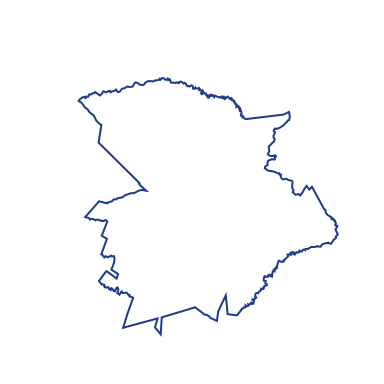 the district of Mount Darwin, Mashonaland Central, Zimbabwe, rotated 336°
{"feature_id": "62879985B29850987700829", "entity_name": "Mount Darwin", "entity_type": "district", "adm_level": 2, "iso_a3": "ZWE", "parent_name": "Zimbabwe", "parent_adm1": "Mashonaland Central", "projection": "robinson", "projection_center": [31.728, -16.538], "detail": "fine", "context": "isolated", "style": "outline", "palette": "blue", "viewbox_px": 384, "rotation_deg": 336, "n_neighbors": 0, "source": "geoboundaries", "source_scale": "gbopen_adm2", "svg_char_len": 5985}
<svg xmlns="http://www.w3.org/2000/svg" viewBox="0 0 384 384"><g transform="rotate(336 192 192)"><path d="M113.4,294.2L146.9,298.5L147.6,298.1L147.4,297.6L153.9,309.5L155.3,310.0L157.4,313.1L157.6,314.6L162.4,319.9L167.3,311.8L180.8,300.2L174.9,318.1L182.9,323.0L189.5,319.6L189.9,318.9L190.7,319.3L192.6,318.6L193.3,318.9L193.5,318.1L195.0,318.6L195.1,317.8L195.7,318.8L197.0,318.9L197.5,318.7L197.7,317.5L198.6,318.3L201.3,317.1L201.6,317.7L201.2,318.6L202.5,319.0L204.4,316.8L204.3,316.1L203.5,315.5L203.4,314.8L205.4,315.1L205.8,314.7L206.6,315.0L207.6,314.8L207.7,314.2L207.3,312.9L208.7,310.7L210.2,310.6L211.4,311.4L212.3,310.3L213.8,310.2L215.2,309.6L215.7,308.4L217.6,309.6L218.0,308.7L218.8,308.8L219.1,307.7L220.2,307.3L221.1,307.7L222.7,307.4L222.8,306.7L222.1,305.8L221.9,305.1L223.2,303.3L221.6,302.2L221.5,301.7L222.6,299.9L223.4,299.6L223.4,299.1L223.1,299.3L223.7,298.6L224.5,298.6L225.2,299.5L226.8,300.3L227.6,299.1L229.4,299.1L229.7,299.3L229.1,299.9L229.1,300.5L230.6,301.9L233.2,297.7L233.9,297.5L235.1,298.2L235.3,297.6L234.9,296.8L235.0,296.1L236.7,296.7L237.1,296.3L237.2,295.3L237.6,295.1L238.9,295.8L239.1,294.6L243.1,290.2L243.7,290.2L244.9,291.9L246.5,292.7L247.8,292.7L247.9,291.5L248.8,291.6L253.8,289.8L254.0,289.0L253.8,288.1L255.6,288.5L256.5,289.5L257.6,289.6L257.4,287.6L258.2,287.5L260.1,288.2L260.0,290.4L260.4,291.0L261.0,290.8L261.3,289.4L262.3,289.9L263.3,289.6L264.3,290.7L265.1,290.6L266.3,289.3L267.6,291.1L269.9,290.0L271.4,290.2L271.7,290.9L272.1,290.3L272.8,290.3L274.4,291.2L278.4,290.7L282.9,292.5L284.6,292.4L285.2,293.2L287.3,294.3L289.7,292.7L294.1,293.3L295.1,294.0L295.8,293.7L296.5,294.9L298.0,295.8L302.2,293.2L304.7,292.6L305.5,291.0L307.4,290.5L308.0,289.8L307.7,284.9L311.0,282.2L310.6,281.5L309.9,281.5L309.4,280.5L310.9,278.7L310.6,277.4L310.9,276.5L310.2,276.1L310.7,275.1L309.7,273.3L309.0,274.0L308.6,273.6L308.4,272.9L309.0,272.5L309.1,271.7L306.5,268.2L305.8,265.0L306.6,263.2L306.1,262.4L306.1,261.5L305.7,261.2L303.7,236.1L300.2,237.5L299.1,233.0L295.6,235.1L293.4,237.0L289.3,239.2L288.6,237.2L285.5,236.7L283.9,233.1L285.3,232.1L285.3,228.4L287.8,224.0L287.8,222.5L284.8,220.1L283.6,218.4L280.3,217.5L279.6,216.6L279.2,214.6L279.5,213.5L280.4,212.4L279.0,211.6L279.3,210.5L278.7,210.4L274.9,206.5L270.1,203.4L268.2,199.8L269.2,198.6L272.1,198.0L272.7,196.4L274.3,194.4L278.2,194.5L280.2,195.8L281.1,195.8L281.6,194.0L283.2,193.7L283.3,193.0L283.0,192.4L279.7,191.7L278.2,190.8L276.9,189.3L276.7,188.2L279.2,186.2L280.5,181.8L285.9,179.6L286.8,179.6L288.1,178.7L289.1,176.9L288.7,175.1L289.4,173.8L290.1,172.9L291.6,172.0L292.2,171.0L291.5,169.8L291.8,168.7L293.7,167.8L294.5,168.6L297.4,169.0L300.0,168.8L303.4,168.1L305.5,167.0L307.5,166.5L308.6,165.6L310.0,165.8L311.9,163.1L313.2,158.3L307.1,158.5L270.5,147.2L269.8,146.2L269.5,143.9L268.6,144.2L268.7,143.4L267.8,142.2L268.4,141.8L268.3,141.1L268.8,141.0L268.7,140.5L269.5,140.0L269.8,138.0L269.0,137.7L269.2,137.4L268.8,137.0L268.9,135.4L269.0,135.1L270.0,135.6L270.1,134.8L269.1,133.7L269.3,132.9L268.6,132.9L268.7,131.6L267.2,132.1L267.8,130.7L267.5,129.7L268.0,129.4L266.9,127.5L266.9,127.1L267.5,127.1L267.6,125.7L265.9,124.6L266.4,123.1L265.9,122.9L265.8,122.0L265.4,121.9L265.0,122.6L264.6,122.7L263.4,119.4L262.8,119.6L261.2,119.2L261.1,120.0L259.5,120.4L259.0,119.3L259.9,118.6L259.8,117.9L257.8,118.3L257.6,117.9L257.9,116.9L256.5,117.3L255.7,116.4L254.7,116.2L252.4,113.5L251.7,113.5L250.9,114.4L250.1,112.5L250.6,112.3L249.5,111.2L249.2,112.0L248.1,112.0L247.8,110.7L247.0,110.8L246.5,111.0L245.9,112.7L245.1,112.5L244.7,111.2L245.5,110.0L244.4,109.0L244.7,107.8L244.0,107.7L243.2,105.9L241.5,106.7L240.6,106.6L240.5,105.4L240.8,105.0L243.1,104.0L242.6,103.1L241.5,102.9L240.1,101.9L240.1,101.1L241.0,100.7L240.8,99.8L239.2,99.7L237.6,98.9L237.6,98.0L236.7,98.5L235.1,98.3L234.9,97.7L235.7,96.3L235.4,95.0L234.8,94.3L232.8,94.7L232.1,93.7L231.1,93.8L230.3,92.3L230.5,90.6L229.6,89.2L228.3,89.5L227.4,87.3L226.6,86.6L225.0,86.3L224.5,87.1L224.0,87.1L222.4,85.5L221.2,85.7L219.3,84.4L217.5,83.7L217.1,82.6L217.6,81.6L217.5,79.9L216.3,78.8L215.9,80.0L215.5,80.1L214.7,78.7L213.3,78.7L212.3,76.4L211.1,75.7L209.2,76.6L208.7,75.6L208.0,76.4L207.2,75.8L205.5,75.9L203.8,75.0L202.9,75.3L201.0,75.0L200.0,74.2L196.6,72.8L193.8,73.1L191.9,74.4L190.7,74.3L187.7,72.5L186.8,70.3L185.0,68.9L183.0,69.7L180.7,71.6L177.3,70.5L175.7,69.3L172.8,69.7L170.0,69.2L166.7,71.0L165.5,70.9L164.7,69.9L164.2,67.5L162.7,68.1L159.7,67.6L158.4,67.9L158.0,67.5L158.1,66.2L156.7,65.9L153.9,66.1L152.3,64.0L151.6,64.1L149.5,65.7L147.0,66.3L144.3,61.4L142.8,61.9L140.7,61.4L139.4,61.9L138.0,61.0L135.7,62.8L134.3,61.8L133.0,62.9L132.6,62.6L132.9,61.6L132.6,61.3L130.3,61.0L127.2,61.7L125.4,62.9L127.0,64.8L127.9,67.3L128.4,70.9L130.1,73.7L130.9,77.8L133.3,81.9L133.7,88.2L135.0,91.6L136.5,93.8L126.8,108.9L147.5,162.1L147.0,162.1L147.1,164.0L150.7,172.2L146.8,169.6L143.3,169.1L138.7,169.5L135.6,168.2L129.2,167.8L126.9,168.4L125.1,168.4L121.5,167.4L119.6,167.9L118.1,167.0L116.1,167.3L115.4,168.0L109.7,167.3L109.6,167.6L103.3,162.7L84.2,171.5L87.0,173.7L87.5,174.3L87.6,175.8L88.8,175.7L90.9,176.6L92.2,178.5L93.0,178.3L95.3,179.3L96.9,181.2L98.2,181.5L98.4,182.2L99.6,182.6L101.2,182.3L102.4,183.4L102.6,184.5L91.8,195.2L95.2,200.2L83.8,212.0L84.7,212.5L84.6,213.9L85.2,215.0L85.3,216.1L87.1,215.6L88.3,217.3L92.3,217.3L92.3,218.0L94.7,219.0L93.9,222.0L92.5,223.8L92.6,224.3L86.8,230.1L91.1,236.9L87.9,240.4L81.7,229.4L82.0,229.3L81.5,229.4L70.8,235.5L71.8,239.7L72.7,239.7L74.2,241.2L74.0,241.7L73.6,241.7L73.5,243.1L74.0,243.0L74.5,244.4L76.6,244.7L76.9,245.2L76.7,247.0L77.8,248.4L78.6,247.1L79.5,247.2L80.0,248.5L80.1,250.1L80.7,251.1L81.5,251.4L81.7,250.4L83.1,249.9L83.7,249.1L85.2,248.9L85.2,250.5L84.8,251.6L82.7,253.9L84.0,256.3L86.6,254.4L87.4,254.3L87.5,256.1L91.3,257.3L92.1,259.9L93.1,260.9L92.4,261.4L92.6,262.4L94.9,264.0L95.2,264.7L83.5,277.0L73.9,288.0L109.1,293.5L103.1,300.7L105.5,309.3L113.4,294.2Z" fill="none" stroke="#1e3a8a" stroke-width="2"/></g></svg>